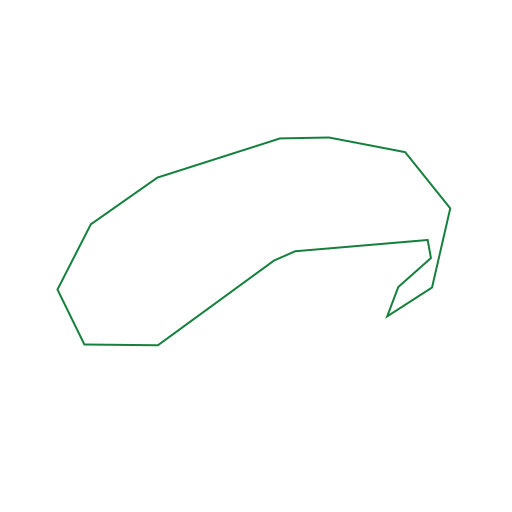 SVG path tracing the border of Palmerston, rotated 61°
{"feature_id": "COK-4956", "entity_name": "Palmerston", "entity_type": "state/province", "adm_level": 1, "iso_a3": "COK", "parent_name": "Cook Islands", "parent_adm1": "", "projection": "robinson", "projection_center": [-159.781, -18.858], "detail": "fine", "context": "isolated", "style": "outline", "palette": "green", "viewbox_px": 512, "rotation_deg": 61, "n_neighbors": 0, "source": "natural_earth", "source_scale": "10m", "svg_char_len": 365}
<svg xmlns="http://www.w3.org/2000/svg" viewBox="0 0 512 512"><g transform="rotate(61 256 256)"><path d="M237.5,75.2L308.5,63.0L368.9,117.3L372.4,170.5L352.1,146.6L342.6,104.0L325.2,98.1L270.8,219.5L268.7,242.4L286.5,385.1L250.2,449.0L189.1,445.9L148.2,385.1L139.6,304.2L164.8,178.0L187.7,134.8L237.5,75.2Z" fill="none" stroke="#15803d" stroke-width="2"/></g></svg>